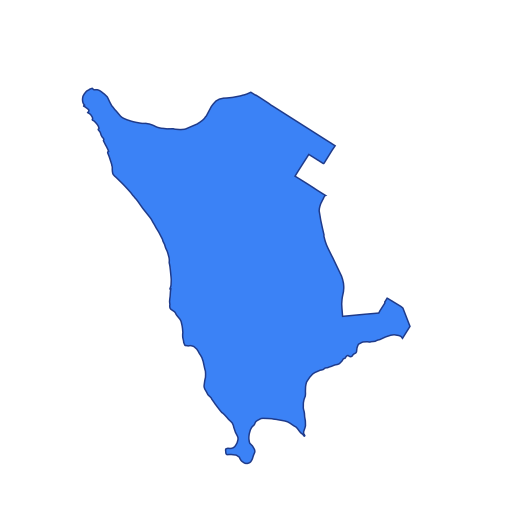 South Perth, Western Australia, Australia, rotated 347°
{"feature_id": "25037944B33468423524116", "entity_name": "South Perth", "entity_type": "district", "adm_level": 2, "iso_a3": "AUS", "parent_name": "Australia", "parent_adm1": "Western Australia", "projection": "albers", "projection_center": [115.863, -31.999], "detail": "fine", "context": "isolated", "style": "filled", "palette": "blue", "viewbox_px": 512, "rotation_deg": 347, "n_neighbors": 0, "source": "geoboundaries", "source_scale": "gbopen_adm2", "svg_char_len": 6054}
<svg xmlns="http://www.w3.org/2000/svg" viewBox="0 0 512 512"><g transform="rotate(347 256 256)"><path d="M385.7,337.6L375.0,327.2L374.3,326.6L371.1,329.8L371.0,330.8L370.8,331.0L364.4,337.3L362.8,339.2L347.9,337.1L326.8,334.3L328.0,326.0L328.7,322.0L329.4,319.7L330.1,317.5L330.9,315.4L333.2,310.4L334.3,307.0L334.7,305.1L335.1,302.2L335.1,299.9L335.1,298.2L334.8,294.8L334.4,293.0L330.3,274.6L329.8,272.8L327.9,264.7L327.2,261.1L326.8,257.6L326.7,255.7L326.6,251.8L327.0,250.8L327.0,243.6L327.1,236.1L327.7,226.2L328.5,223.8L329.6,221.6L330.9,219.5L333.7,216.1L334.7,215.1L334.8,214.7L335.1,214.3L336.9,212.6L337.3,212.6L336.5,211.8L330.8,206.1L324.1,199.1L312.0,187.0L316.2,182.7L330.3,168.9L342.3,181.0L342.8,181.1L343.3,180.8L353.9,170.1L357.9,166.4L357.5,166.0L306.0,113.7L304.7,112.5L302.6,110.0L295.2,102.3L292.1,99.2L291.8,99.3L287.8,95.3L283.6,96.1L280.5,96.4L279.8,96.3L276.9,96.5L268.9,96.2L263.1,95.5L259.8,94.9L255.6,94.9L251.8,96.0L248.5,98.3L246.1,100.3L239.1,108.4L238.0,109.1L237.2,109.9L236.3,110.6L234.8,111.5L233.8,112.0L230.8,113.3L229.7,113.6L228.7,114.1L227.5,114.3L216.0,116.4L214.6,116.4L211.1,115.9L210.3,115.7L205.8,114.3L205.3,114.1L204.0,113.4L202.6,113.1L197.9,112.1L193.8,110.6L192.9,110.4L191.1,109.6L189.0,108.5L187.7,107.6L185.9,106.1L184.4,105.0L181.6,103.3L181.0,103.1L178.5,102.0L174.9,101.2L172.9,100.4L170.4,99.3L169.0,98.7L166.9,97.7L164.3,96.3L163.2,95.6L161.0,94.3L158.0,92.1L156.5,90.7L155.4,89.2L152.5,83.5L151.3,81.5L150.2,79.0L149.2,77.1L148.2,73.4L147.2,68.8L146.9,67.7L146.8,67.4L144.6,64.0L144.3,63.7L142.3,61.2L140.9,59.7L139.2,58.5L137.4,57.9L136.7,57.9L135.9,57.7L135.3,57.4L135.0,57.1L134.3,55.9L134.2,55.8L133.5,55.8L131.3,56.1L130.5,56.6L130.2,56.6L129.8,56.7L128.6,57.0L127.6,57.5L125.3,59.3L123.6,61.1L123.1,61.9L122.5,63.4L122.2,64.3L121.9,66.1L121.9,67.7L122.2,69.0L122.6,70.0L122.9,70.4L121.9,70.9L121.8,71.2L123.0,72.3L125.0,74.6L125.9,76.0L125.9,76.6L125.7,77.1L124.9,78.0L124.3,78.4L124.5,78.7L125.7,79.7L126.7,81.1L127.5,83.1L127.7,83.9L127.8,84.8L127.7,85.4L127.6,85.7L127.3,86.0L127.1,86.4L127.2,86.6L127.4,87.0L128.3,87.7L129.1,88.8L130.4,91.1L131.2,92.9L131.5,93.9L131.7,95.3L131.7,96.2L131.6,96.6L131.4,96.7L131.2,96.8L130.8,97.0L130.7,97.5L131.7,99.6L131.9,100.1L132.1,100.9L132.3,103.4L132.5,104.1L132.8,105.3L133.3,106.1L134.0,107.8L133.9,108.3L133.3,109.1L133.3,109.5L134.3,113.7L135.0,116.1L135.7,119.1L135.9,120.8L135.9,121.0L135.1,121.2L135.0,121.4L134.8,121.6L134.7,122.2L135.3,126.2L136.0,134.2L135.9,135.5L136.0,136.3L135.9,137.1L135.9,137.4L135.8,137.9L135.5,138.9L135.1,141.3L135.0,143.2L135.2,144.4L136.2,146.3L137.3,147.8L142.9,156.6L145.9,161.8L148.2,166.0L149.7,169.4L150.3,170.3L151.3,172.5L152.1,173.8L152.5,174.7L153.1,176.0L156.3,183.9L157.5,186.5L161.3,194.4L162.3,196.8L163.2,200.1L164.1,202.8L165.0,206.1L166.6,210.8L167.0,212.3L167.7,215.1L168.6,218.6L168.7,220.8L169.5,224.1L169.7,227.2L169.9,228.5L170.5,231.2L170.7,233.0L170.9,238.2L170.6,240.6L169.9,243.1L169.9,244.5L169.8,246.8L169.4,250.4L168.8,254.9L168.5,257.3L168.1,259.9L167.7,261.4L166.7,265.1L166.1,266.5L164.8,268.6L165.6,268.8L164.6,271.5L163.3,275.9L162.2,278.8L161.5,281.1L161.3,282.8L161.2,283.9L160.7,285.2L160.5,286.7L160.6,287.7L161.1,288.8L163.9,291.8L164.6,293.0L165.0,294.8L165.5,296.1L167.8,300.8L168.3,302.9L168.3,307.6L168.1,309.9L167.5,314.2L167.0,315.5L166.5,317.6L166.3,319.1L166.3,322.2L166.2,323.5L166.1,323.9L166.4,325.9L166.7,327.1L167.1,327.4L168.5,327.8L169.1,328.1L169.9,328.4L170.7,328.4L172.2,328.6L174.3,329.7L175.1,330.3L175.7,331.0L176.2,331.8L177.3,333.3L178.2,335.7L178.5,336.8L178.9,338.3L179.5,339.8L180.4,342.8L180.8,346.8L180.7,354.2L180.8,356.9L180.3,359.8L179.5,362.8L178.0,366.0L176.4,370.2L176.1,371.2L176.0,372.5L176.2,374.2L177.2,377.4L177.9,380.2L178.5,381.3L179.4,382.5L180.4,384.2L180.7,385.5L182.1,388.9L182.9,391.0L184.5,394.6L186.3,398.5L187.5,400.9L188.1,401.4L189.4,403.3L191.4,406.8L192.5,409.0L194.2,411.5L195.3,413.4L195.8,416.0L195.8,418.0L196.2,422.0L196.3,423.1L197.4,427.4L197.6,428.9L197.3,430.3L197.0,431.1L195.6,433.7L194.2,435.3L192.4,437.0L190.4,437.8L188.8,437.9L187.4,437.7L185.3,437.0L183.9,437.1L183.1,437.3L182.7,438.2L182.6,439.2L182.3,441.2L182.4,442.1L182.8,442.8L183.7,443.2L184.7,443.3L187.1,443.8L191.8,445.5L192.4,446.0L194.6,448.4L194.7,449.6L195.4,451.8L196.0,452.8L197.6,454.6L198.8,455.6L200.8,456.2L202.4,456.1L203.3,455.9L204.4,455.4L205.5,454.4L206.8,452.9L208.0,450.8L208.8,449.5L210.6,447.0L211.0,445.9L211.0,444.2L210.4,442.1L209.8,440.3L208.7,438.5L207.8,437.1L207.7,435.4L207.9,432.6L208.4,430.5L209.3,428.0L210.3,426.1L211.5,424.0L212.8,422.5L214.1,421.3L215.4,420.7L216.5,419.9L217.6,418.4L218.6,417.3L220.2,416.6L222.4,416.0L224.2,415.5L226.2,415.7L231.0,417.0L234.8,418.1L236.5,418.9L239.1,419.8L240.2,420.3L246.9,423.2L249.5,424.7L251.4,426.4L254.8,430.1L256.4,431.5L257.5,433.3L259.1,437.0L259.9,438.5L261.6,440.5L262.1,441.9L262.6,442.4L263.1,442.1L262.9,440.9L262.6,440.3L262.5,439.4L263.0,437.7L265.0,434.5L266.0,432.6L266.5,430.3L267.0,427.7L267.2,423.8L267.8,420.1L267.9,418.1L267.8,416.8L267.9,414.7L269.1,409.8L270.4,406.8L271.6,404.9L272.5,403.6L273.2,401.5L273.7,399.0L274.9,394.5L275.7,392.5L276.9,390.2L278.2,388.9L281.1,386.2L284.5,383.8L287.1,382.8L291.9,381.9L292.8,381.7L294.3,381.8L296.0,381.7L297.9,380.8L298.4,380.7L299.0,380.7L300.2,380.9L300.9,380.9L302.6,380.6L304.5,380.5L308.2,379.9L311.0,380.0L312.5,379.8L313.3,379.5L316.1,377.7L317.8,376.0L318.6,375.7L319.6,375.7L320.1,375.4L320.7,374.7L321.7,373.9L322.7,373.6L323.2,373.6L323.6,373.9L323.9,374.3L325.1,375.3L325.6,375.4L326.2,375.4L326.7,375.3L327.5,374.9L328.2,374.1L329.1,373.6L331.4,372.9L332.0,372.4L332.4,371.9L333.7,368.3L334.7,366.7L335.5,365.6L336.0,365.0L336.4,364.9L340.1,363.9L341.3,363.9L344.8,364.5L345.8,364.8L346.7,365.2L347.7,365.5L348.8,365.4L351.1,365.7L352.9,365.9L353.6,365.7L355.6,365.3L357.8,365.3L364.0,364.0L369.5,363.5L372.9,363.8L377.2,365.6L378.6,366.5L379.2,367.1L379.5,367.6L380.2,369.2L390.2,359.2L387.5,340.4L387.3,339.6L385.7,337.6Z" fill="#3b82f6" stroke="#1e3a8a" stroke-width="1.5"/></g></svg>